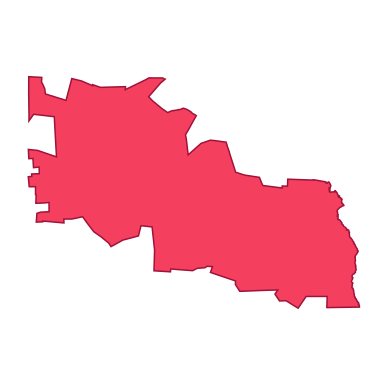 outline of Tenabo, Campeche, Mexico, rotated 177°
{"feature_id": "50627088B50873486185333", "entity_name": "Tenabo", "entity_type": "district", "adm_level": 2, "iso_a3": "MEX", "parent_name": "Mexico", "parent_adm1": "Campeche", "projection": "mercator", "projection_center": [-90.397, 19.964], "detail": "fine", "context": "isolated", "style": "filled", "palette": "rose", "viewbox_px": 384, "rotation_deg": 177, "n_neighbors": 0, "source": "geoboundaries", "source_scale": "gbopen_adm2", "svg_char_len": 5521}
<svg xmlns="http://www.w3.org/2000/svg" viewBox="0 0 384 384"><g transform="rotate(177 192 192)"><path d="M30.8,68.3L30.8,68.7L31.1,69.1L31.1,69.3L30.8,70.1L30.9,70.3L31.2,70.7L31.2,71.2L31.5,71.3L31.4,71.4L31.3,71.6L31.5,72.1L31.4,72.5L31.6,72.6L31.6,72.9L32.5,73.6L32.5,74.2L32.6,74.3L32.9,74.5L33.2,75.1L33.4,75.9L33.4,76.1L33.5,76.4L33.7,76.6L33.9,76.7L34.1,77.0L34.4,77.1L34.5,77.4L34.6,77.9L34.5,78.1L34.7,78.4L34.9,78.5L35.0,78.8L35.0,79.2L35.2,79.4L35.3,79.5L35.3,79.8L35.3,80.4L35.3,81.3L35.3,81.6L35.5,81.7L35.6,82.1L35.6,83.1L35.6,83.4L35.7,83.6L35.8,84.5L35.7,84.7L35.7,85.1L36.3,86.8L36.2,87.3L36.3,87.5L36.9,87.6L37.1,87.8L37.1,88.0L37.3,88.4L37.2,88.8L37.1,89.4L36.8,89.8L36.9,90.4L36.9,91.5L36.2,92.3L36.1,92.5L37.2,93.7L37.4,94.4L37.1,95.4L36.5,96.1L36.5,96.4L36.3,96.6L36.4,96.8L36.3,97.2L35.9,97.6L35.8,98.0L36.3,98.3L36.5,98.6L36.5,100.0L36.3,100.5L35.7,101.3L34.9,101.8L34.3,101.9L34.2,102.2L33.3,102.9L33.0,103.2L32.9,104.5L32.6,105.1L32.2,105.7L32.1,106.5L32.4,107.0L32.3,107.8L32.4,108.1L32.6,108.6L32.4,108.6L32.3,108.8L32.5,109.5L32.3,109.7L32.6,111.2L32.6,111.4L32.9,111.7L32.9,112.0L33.0,112.2L33.0,113.0L32.8,113.6L32.5,114.4L32.4,114.9L32.4,115.4L32.4,116.7L32.6,117.0L32.6,117.5L32.5,117.9L32.4,118.0L32.4,118.3L32.6,118.4L32.6,119.0L32.1,119.7L32.0,120.2L31.3,120.9L30.8,121.3L30.6,121.5L30.3,122.4L29.9,123.3L29.3,123.5L29.3,124.7L29.8,125.1L29.9,125.4L29.8,125.8L30.0,126.6L30.4,127.0L30.6,127.6L30.8,128.0L30.9,128.3L31.3,128.9L31.6,129.7L31.9,130.3L31.9,130.7L32.4,131.3L32.4,131.7L32.7,132.0L33.0,131.9L33.2,132.3L33.3,132.8L33.2,133.0L33.0,133.3L33.3,133.8L33.9,134.6L34.2,134.9L34.3,135.4L34.4,135.6L34.6,135.8L34.7,136.3L35.1,136.6L35.7,137.5L35.8,137.9L36.1,138.1L36.4,138.4L36.7,138.5L36.8,138.7L36.9,139.7L37.1,140.1L37.0,140.5L37.0,141.9L37.1,142.5L37.1,142.9L37.3,143.0L37.2,143.5L36.9,143.7L37.0,143.8L37.3,144.0L37.4,144.6L37.4,145.2L37.5,145.6L37.7,145.8L38.2,146.1L38.7,145.9L39.0,145.9L38.9,146.0L38.8,146.4L39.1,146.6L39.3,146.9L39.6,146.9L39.9,147.2L39.9,147.4L40.1,147.5L40.4,147.4L40.2,147.6L40.2,148.1L40.5,148.4L40.5,148.6L41.2,148.9L41.5,148.9L41.4,148.9L41.6,149.1L42.1,149.7L42.2,149.9L42.4,150.0L42.6,150.7L42.7,150.8L42.7,151.0L42.8,151.2L43.7,151.8L43.9,152.2L43.8,153.0L43.9,153.3L44.3,153.4L44.4,153.9L44.4,154.1L44.8,154.6L44.9,154.9L45.9,156.3L46.1,156.5L46.8,156.6L47.2,156.8L47.5,156.8L47.9,157.4L47.7,157.5L47.5,157.8L47.5,158.3L47.5,158.7L47.5,159.2L47.4,159.6L47.5,160.1L47.9,160.3L47.4,160.4L47.4,160.8L47.4,161.2L47.2,161.7L47.4,161.9L47.6,162.0L47.6,162.4L47.8,162.5L47.9,163.0L47.7,163.6L47.7,164.2L47.9,164.5L48.1,164.9L48.2,165.2L48.0,165.5L47.9,165.9L47.6,166.6L47.0,167.0L46.2,167.9L45.0,168.9L44.5,169.0L42.4,170.3L42.0,170.4L41.9,170.3L41.5,170.5L41.3,170.4L41.2,170.4L41.0,170.6L41.1,170.9L41.3,171.2L41.5,171.6L41.8,171.9L42.2,172.6L42.5,172.8L42.8,172.8L43.1,173.4L43.0,173.6L43.2,173.8L43.1,174.3L43.0,174.6L43.0,175.0L43.0,176.0L42.6,176.7L42.9,177.2L42.9,177.7L43.1,177.8L43.3,177.8L43.6,177.5L43.8,177.8L44.3,178.8L44.6,179.1L45.2,179.3L45.6,179.2L45.6,179.4L45.7,179.6L46.0,179.7L45.9,179.8L45.5,179.7L45.4,179.6L45.1,179.7L45.0,179.9L45.0,180.4L45.3,180.5L45.8,181.0L46.2,181.2L46.6,181.5L46.9,182.6L47.1,183.0L47.3,183.7L47.8,184.1L47.9,184.4L47.9,184.6L48.0,184.8L48.4,185.2L48.6,185.2L48.7,185.4L48.8,185.8L49.0,185.8L49.4,185.6L49.6,185.1L49.3,185.0L49.2,184.8L49.1,184.7L49.4,184.6L50.1,184.8L50.5,184.7L50.9,184.8L53.0,184.6L53.3,184.8L53.7,184.6L53.9,184.6L54.0,184.7L54.6,184.9L54.6,185.6L54.8,185.8L54.6,185.9L54.5,186.0L54.3,186.2L54.2,186.3L54.0,186.8L54.6,187.2L54.7,187.3L54.9,187.4L54.8,187.6L54.5,187.6L54.5,187.8L54.4,187.9L54.5,188.2L54.7,188.6L54.1,188.4L53.9,188.7L53.7,188.8L53.6,189.2L53.5,189.7L53.0,191.1L53.1,191.5L53.4,192.1L53.7,192.4L53.7,193.1L54.8,194.8L55.2,194.9L55.4,194.9L55.7,194.7L56.2,193.9L56.6,193.6L56.8,193.6L57.4,193.9L57.7,194.0L57.6,194.5L57.8,195.1L68.6,197.6L70.0,197.8L69.9,197.5L95.7,199.8L96.4,192.8L101.6,193.3L101.8,191.3L120.9,194.8L121.9,197.2L123.9,203.1L138.8,206.2L147.4,209.5L149.6,218.0L152.6,229.3L152.5,229.6L154.2,235.4L155.3,240.0L166.4,242.1L170.9,242.8L180.4,240.1L193.9,229.3L194.9,245.2L195.5,249.4L194.0,251.8L192.1,254.6L188.6,260.3L183.7,268.0L185.9,269.6L186.7,269.9L188.5,271.5L188.9,272.2L192.6,274.6L196.0,276.1L197.9,275.7L198.9,275.0L201.5,275.0L201.6,274.8L204.2,274.4L205.2,274.5L205.6,274.3L206.9,274.3L209.4,273.7L212.1,272.6L217.6,276.8L226.6,285.1L230.3,289.4L217.6,302.5L212.9,306.1L214.0,306.5L215.2,307.4L229.1,308.2L232.2,306.6L253.3,297.7L252.9,300.7L278.0,301.3L285.6,304.4L285.6,303.3L296.3,308.6L306.1,311.6L313.0,290.1L333.3,297.6L333.6,302.7L335.6,307.9L336.5,309.5L336.0,314.3L349.0,315.7L349.9,299.6L350.8,275.8L351.1,271.5L346.1,277.9L325.6,274.4L325.5,234.2L344.0,241.6L353.2,243.1L353.2,233.8L349.1,233.8L349.0,224.6L343.4,224.9L343.5,218.3L351.2,218.4L351.2,216.0L354.7,215.8L354.3,205.8L348.0,205.5L348.4,197.5L347.8,197.3L348.5,188.9L340.3,188.8L335.3,189.0L335.8,179.8L344.4,179.8L348.0,178.8L349.1,170.1L342.7,170.0L342.6,170.7L337.6,170.1L321.5,167.8L321.4,171.7L313.2,171.3L302.5,173.0L298.7,167.0L292.2,157.5L285.3,152.1L278.0,145.5L275.7,141.7L263.5,147.6L247.8,150.9L244.7,161.0L233.7,159.2L232.4,136.0L234.1,115.3L217.7,113.4L217.2,116.3L212.6,115.6L195.5,113.4L190.8,115.5L183.0,115.7L180.9,117.0L175.5,116.4L177.8,110.7L153.2,100.9L153.5,97.4L149.5,90.3L125.9,90.0L111.5,89.7L114.5,85.7L110.3,78.6L103.8,78.5L92.1,70.4L83.5,81.7L62.5,80.6L63.4,69.5L30.8,68.3Z" fill="#f43f5e" stroke="#9f1239" stroke-width="1.5"/></g></svg>